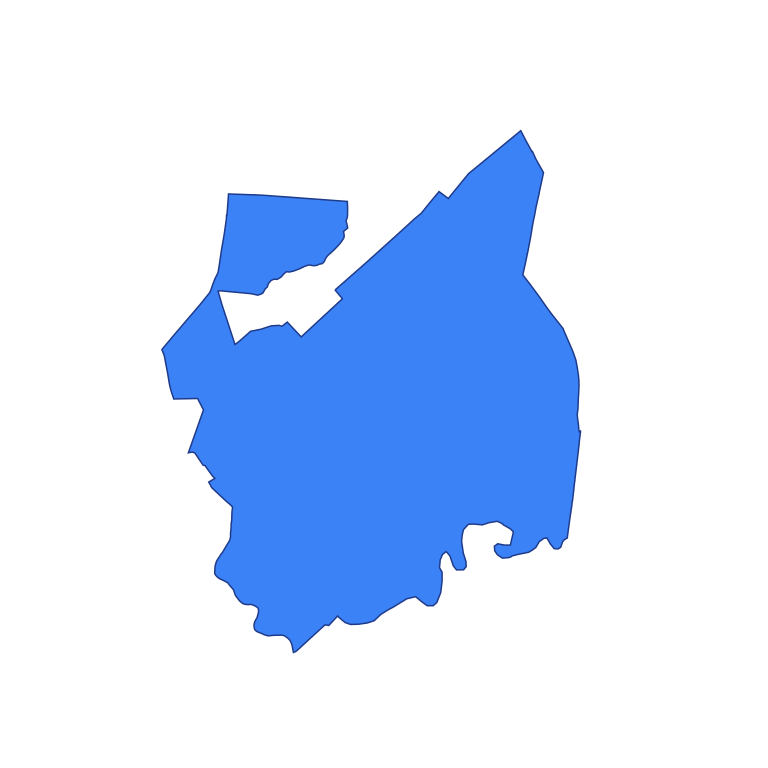 Poienarii Burchii, Dâmbovita, Romania (Albers equal-area conic projection), rotated 198°
{"feature_id": "2599482B3003750716063", "entity_name": "Poienarii Burchii", "entity_type": "district", "adm_level": 2, "iso_a3": "ROU", "parent_name": "Romania", "parent_adm1": "Dâmbovita", "projection": "albers", "projection_center": [25.941, 44.724], "detail": "fine", "context": "isolated", "style": "filled", "palette": "blue", "viewbox_px": 768, "rotation_deg": 198, "n_neighbors": 0, "source": "geoboundaries", "source_scale": "gbopen_adm2", "svg_char_len": 4635}
<svg xmlns="http://www.w3.org/2000/svg" viewBox="0 0 768 768"><g transform="rotate(198 384 384)"><path d="M332.2,667.2L355.8,630.2L368.6,610.2L380.2,580.3L391.1,584.0L397.0,569.3L401.3,558.0L405.9,550.7L419.9,526.1L439.2,492.7L459.2,459.0L459.3,458.1L449.9,452.2L477.3,403.2L495.1,413.0L498.9,407.4L502.1,407.3L509.3,404.4L517.8,398.2L523.6,394.9L527.1,393.0L534.8,380.0L537.9,375.5L553.0,396.2L563.0,409.9L570.5,421.0L568.0,422.2L564.2,423.0L546.5,427.0L537.9,428.9L531.5,429.5L528.7,431.5L527.2,433.3L526.9,435.0L526.3,437.9L525.0,440.0L525.0,443.7L523.5,447.4L521.2,449.6L518.0,450.5L516.6,451.9L514.7,454.3L513.3,457.8L511.5,460.6L508.5,461.3L504.6,463.7L500.0,467.4L495.8,471.4L492.1,474.1L487.6,474.7L485.0,475.8L482.6,477.9L479.8,479.5L478.7,481.8L478.2,485.9L477.2,488.7L473.0,496.0L470.3,501.6L468.5,506.0L467.3,510.6L467.7,512.8L469.6,516.6L466.7,521.2L469.2,525.4L470.5,527.5L470.4,531.0L470.8,533.2L471.9,536.6L473.0,540.2L475.3,546.3L558.4,525.9L566.2,523.7L590.6,516.7L587.0,502.1L585.6,496.1L585.9,496.1L584.8,491.7L582.2,476.8L581.1,469.1L580.0,461.4L577.5,446.7L576.3,438.7L577.4,430.8L577.4,430.2L577.6,426.0L577.6,425.7L577.7,419.8L578.1,416.7L579.5,413.2L581.1,409.0L582.3,405.8L583.8,401.9L586.4,395.6L589.2,388.9L589.8,387.5L590.0,387.1L595.2,374.4L597.9,368.0L599.0,365.3L600.4,361.9L601.2,359.8L603.1,355.1L604.0,352.9L604.8,350.9L605.5,349.0L605.9,348.1L601.7,343.0L597.2,334.8L592.7,326.6L588.8,319.0L587.7,317.0L585.6,313.5L583.4,310.3L579.3,304.8L556.8,312.6L547.7,303.6L548.0,290.2L548.8,258.1L545.5,260.0L542.6,260.0L535.5,254.4L531.0,250.9L529.0,251.1L523.8,247.2L518.5,243.4L515.7,242.0L518.0,239.3L520.4,236.6L515.7,232.1L505.0,227.1L498.0,223.8L492.1,221.4L489.8,219.9L489.5,217.3L488.5,213.4L486.8,207.6L486.1,203.6L484.9,199.6L483.8,194.5L482.7,191.3L482.5,188.6L482.5,187.4L483.0,185.2L484.2,180.2L484.9,177.1L485.5,174.0L486.4,172.0L487.1,169.2L488.1,165.6L488.5,163.7L488.5,161.0L488.3,158.3L487.3,154.5L486.5,151.5L485.2,150.3L483.6,149.3L481.9,148.5L480.2,148.0L478.4,147.8L474.7,147.3L471.3,146.7L468.1,144.5L463.7,141.9L462.3,140.2L460.8,138.0L459.4,136.6L455.1,133.6L453.7,132.8L451.8,132.0L450.2,131.5L448.7,131.5L446.5,131.8L444.2,132.5L442.4,133.3L441.0,133.3L438.5,133.1L436.0,132.6L434.4,131.8L433.8,130.8L433.1,129.2L432.7,127.1L432.6,123.1L432.6,122.2L432.8,121.4L433.0,120.6L433.5,117.7L433.3,115.0L432.7,113.4L431.7,111.4L430.5,110.1L428.8,109.4L427.0,109.1L424.2,109.0L420.9,108.6L416.8,108.6L414.9,109.3L411.0,111.0L405.0,113.1L403.4,113.6L401.0,113.8L397.5,112.8L396.1,112.1L394.2,111.1L392.4,109.3L390.3,106.5L388.9,103.7L387.2,100.8L387.1,101.0L386.6,101.4L386.0,101.6L385.6,101.9L385.0,102.7L384.7,103.1L384.5,103.3L384.3,103.8L383.6,105.1L382.3,107.2L381.5,108.7L380.9,109.8L380.5,110.5L379.5,112.3L378.6,113.8L378.4,114.2L377.0,116.8L370.3,128.5L369.5,130.0L366.7,134.9L365.9,136.3L365.8,136.7L362.1,137.2L361.8,137.5L357.4,146.9L356.4,149.1L354.8,148.1L347.2,145.1L341.4,145.0L333.7,147.8L326.0,151.6L320.2,155.8L315.8,163.9L311.0,169.7L305.6,175.4L300.8,181.1L295.9,186.8L288.2,191.5L280.6,188.5L274.4,186.5L268.6,188.4L266.2,192.7L265.6,203.2L267.8,214.3L270.6,223.0L274.4,226.4L276.2,234.1L275.7,239.9L273.2,243.7L271.8,243.2L268.0,240.7L265.6,237.4L261.9,232.5L257.6,229.6L250.9,231.9L249.4,235.7L251.2,240.5L256.4,247.8L261.6,258.4L262.9,264.2L263.4,270.0L260.4,276.7L255.1,278.6L247.0,280.4L241.2,284.6L233.9,288.4L229.1,287.9L226.8,286.9L219.1,285.3L215.3,283.4L214.9,280.0L214.5,274.7L214.0,269.9L219.8,268.0L226.5,267.2L228.9,263.8L227.1,259.5L223.3,256.6L217.6,255.0L211.8,257.4L209.9,258.8L208.9,260.2L203.6,263.5L194.4,268.7L191.5,272.0L189.1,275.4L187.6,282.1L184.1,286.8L181.3,287.8L176.5,283.4L171.3,280.0L167.5,280.9L165.5,283.3L165.4,289.0L164.5,291.4L162.1,294.2L162.3,295.0L165.8,314.3L167.8,326.4L168.5,329.4L168.4,329.7L168.6,330.5L168.8,332.0L169.0,332.2L168.9,332.8L169.2,333.9L170.6,340.9L170.6,341.3L171.1,343.3L171.2,343.6L172.7,351.1L172.6,351.4L172.8,351.7L173.8,356.6L173.9,357.3L179.8,386.9L180.5,389.7L182.4,399.6L182.6,400.0L183.1,399.5L183.5,399.0L184.7,401.0L186.3,404.9L186.5,405.3L187.5,407.5L188.3,409.1L190.0,412.7L190.9,415.2L191.8,420.1L194.5,429.5L196.2,436.2L198.2,443.2L199.8,447.8L202.1,453.0L205.5,459.8L208.9,466.0L213.9,472.7L221.1,480.9L230.8,491.9L230.8,492.1L237.3,496.4L246.3,502.4L253.4,507.5L263.0,514.8L272.3,521.4L274.5,523.0L281.2,527.6L285.7,530.7L286.8,542.2L288.3,556.1L289.9,568.7L289.9,568.9L291.9,581.7L292.5,586.6L293.0,591.6L294.1,599.7L294.9,608.5L295.3,613.5L295.5,613.8L297.6,634.3L308.7,644.5L314.7,651.0L315.0,650.6L323.9,659.0L332.2,667.2Z" fill="#3b82f6" stroke="#1e3a8a" stroke-width="1.5"/></g></svg>